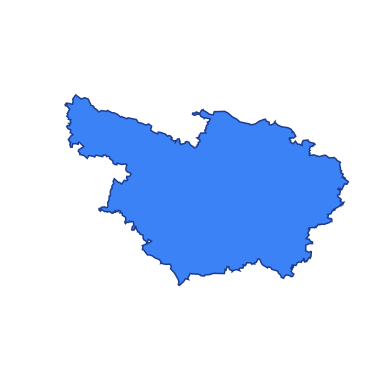 the district of Joypurhat, Rajshahi, Bangladesh, rotated 108°
{"feature_id": "16705992B2288856744536", "entity_name": "Joypurhat", "entity_type": "district", "adm_level": 2, "iso_a3": "BGD", "parent_name": "Bangladesh", "parent_adm1": "Rajshahi", "projection": "equal_earth", "projection_center": [89.098, 25.063], "detail": "fine", "context": "isolated", "style": "filled", "palette": "blue", "viewbox_px": 384, "rotation_deg": 108, "n_neighbors": 0, "source": "geoboundaries", "source_scale": "gbopen_adm2", "svg_char_len": 6024}
<svg xmlns="http://www.w3.org/2000/svg" viewBox="0 0 384 384"><g transform="rotate(108 192 192)"><path d="M284.7,175.1L279.7,172.3L276.4,171.4L276.3,168.3L275.4,169.3L270.0,168.5L269.9,166.1L269.2,165.5L269.1,163.2L268.3,161.6L268.3,158.8L268.8,157.6L268.2,154.4L266.8,153.9L265.2,149.9L262.7,146.4L259.6,136.0L255.5,136.6L255.8,135.5L252.1,135.6L252.3,134.9L251.6,133.9L253.4,133.1L254.3,131.6L254.1,129.7L255.4,129.2L253.7,128.2L252.1,125.9L252.1,122.2L251.1,123.4L250.1,123.3L249.3,122.5L248.7,120.1L246.8,119.9L245.6,120.9L245.4,118.4L242.3,117.9L241.2,114.1L242.2,112.7L241.6,112.5L241.0,110.0L239.9,110.6L239.1,109.2L235.2,108.5L235.2,106.6L238.7,103.6L239.6,102.0L240.8,96.7L239.9,96.6L239.4,93.9L240.9,92.1L240.7,86.2L242.5,84.6L243.8,81.7L245.5,80.8L245.8,78.2L243.8,78.0L241.6,76.6L241.3,73.2L241.9,71.6L241.2,70.3L238.6,69.8L238.0,71.9L236.9,73.2L233.9,72.8L234.3,73.9L233.7,74.5L232.4,73.8L232.7,73.1L231.9,72.3L231.2,72.8L231.1,74.0L230.5,74.1L229.7,70.4L226.8,70.0L225.5,68.7L225.1,66.4L223.4,66.3L222.8,64.8L220.9,65.4L221.0,64.6L223.7,63.3L223.2,62.3L222.3,62.0L222.5,61.4L218.3,60.6L218.0,60.1L218.6,59.2L216.8,58.9L212.0,60.0L211.8,60.7L212.8,61.4L213.2,62.7L212.7,65.7L207.4,67.3L204.8,64.5L203.8,61.4L202.3,62.1L202.2,64.4L200.7,65.8L201.1,69.0L196.6,67.4L195.3,69.3L191.3,68.4L190.6,68.6L190.4,69.1L191.0,69.8L190.4,69.9L188.7,67.1L188.1,64.4L187.0,64.0L187.4,63.1L183.6,61.9L183.8,60.3L182.8,59.5L181.9,56.3L178.7,52.0L177.2,51.2L177.0,49.9L174.8,50.5L174.2,51.6L175.1,53.0L174.4,53.9L174.5,55.2L172.1,55.0L171.4,55.9L169.7,53.1L166.9,52.8L164.2,50.0L165.7,52.2L164.9,52.0L160.4,47.8L158.3,46.9L159.0,46.2L157.5,46.2L157.7,44.8L154.9,44.4L155.6,45.6L154.9,48.4L153.3,47.7L152.3,48.8L151.7,51.2L150.3,52.6L149.2,52.0L149.0,50.8L144.7,51.3L144.3,54.1L143.2,53.7L142.9,52.8L143.4,50.3L137.2,49.5L136.8,47.1L133.9,46.5L132.4,50.8L131.6,50.6L131.8,51.5L131.2,51.6L131.0,52.5L131.5,52.7L131.6,53.1L131.1,52.7L130.3,54.0L128.3,53.7L127.6,56.4L125.7,56.2L125.2,57.9L123.9,57.9L119.6,60.4L118.2,59.9L117.5,61.1L117.5,63.4L116.1,65.2L115.3,67.5L117.2,72.2L115.9,75.6L116.0,77.3L119.0,81.8L119.1,87.8L121.0,91.5L119.8,92.2L119.0,91.5L117.4,93.2L116.0,92.5L115.4,93.4L112.1,93.5L111.6,91.8L110.7,91.6L110.5,90.7L109.5,90.8L108.8,89.7L108.0,90.5L108.3,96.0L106.7,97.9L108.7,102.2L111.8,102.5L113.7,101.6L113.4,105.0L113.9,106.4L111.7,109.4L114.8,110.7L114.2,114.0L112.9,113.8L111.5,116.0L110.4,116.0L110.5,114.3L109.5,114.0L109.3,112.1L106.9,110.5L103.5,114.2L104.2,115.2L103.2,115.2L101.7,117.2L101.2,120.7L102.3,126.9L101.8,131.2L100.3,134.3L99.3,134.8L101.8,135.4L103.8,137.5L104.1,138.6L103.5,139.8L101.9,140.0L101.4,143.8L100.1,144.5L100.5,145.7L103.8,149.8L107.9,153.0L110.0,156.9L109.5,158.4L110.6,168.1L108.8,172.3L108.1,176.8L105.9,181.9L105.2,185.8L108.7,195.6L112.2,195.8L112.7,200.0L111.8,201.7L110.9,206.5L110.2,206.9L111.3,208.2L114.4,208.8L114.9,210.0L114.5,212.5L116.2,214.0L116.7,215.6L117.9,215.6L118.3,213.4L115.9,210.2L116.1,207.9L117.4,206.9L117.7,203.9L118.5,203.1L117.3,202.1L116.8,197.2L119.4,197.5L121.0,199.0L122.0,197.6L124.4,198.7L127.0,198.6L127.5,197.9L129.4,199.0L131.5,197.1L133.3,201.9L136.5,202.6L137.4,202.0L139.0,204.1L140.0,200.7L141.5,200.0L142.9,201.3L145.2,200.7L145.7,201.6L147.0,201.3L149.2,202.9L147.6,208.3L145.6,210.4L145.7,212.9L146.6,213.8L147.8,213.6L150.3,217.4L149.3,217.9L148.7,219.5L147.4,219.1L145.4,220.8L146.0,222.1L149.8,223.1L148.3,223.7L149.0,225.1L148.3,228.3L146.7,227.6L145.4,229.9L145.4,231.4L146.5,232.5L145.1,235.3L145.1,241.1L145.5,242.6L147.4,242.8L146.9,247.7L145.9,250.5L141.9,250.7L140.7,254.2L142.6,256.6L142.1,261.3L142.6,264.4L140.3,267.3L141.2,275.8L142.5,276.6L142.0,282.3L142.8,283.1L141.1,287.1L140.8,290.8L141.4,292.5L140.5,297.6L141.7,298.3L142.6,303.5L144.5,304.9L144.1,306.9L143.1,307.9L142.5,310.8L140.9,312.1L140.8,314.7L135.7,319.4L135.5,323.1L137.8,326.2L135.6,332.6L140.5,334.1L142.8,333.0L145.5,332.8L146.1,338.5L146.6,339.1L147.0,338.2L148.4,339.6L149.0,339.0L149.0,337.0L151.2,333.9L156.0,334.9L157.0,334.1L158.8,334.4L159.4,332.4L161.0,332.1L160.8,329.6L161.6,329.9L163.5,328.7L164.2,328.9L164.8,330.2L165.3,329.1L166.3,328.8L167.2,330.9L168.5,331.4L170.1,329.4L170.3,326.6L173.3,326.1L173.3,324.8L174.4,323.0L175.8,324.3L180.4,325.8L180.9,324.6L182.0,324.2L182.1,322.8L184.3,322.9L186.8,321.4L186.4,319.8L183.1,320.4L181.9,317.4L181.8,315.0L179.9,315.3L179.5,314.5L182.2,309.0L186.9,312.8L188.3,312.8L189.5,310.8L191.0,310.3L190.6,306.1L192.4,302.0L189.3,301.5L188.6,297.8L188.8,295.4L186.6,294.7L186.0,287.9L184.2,287.5L183.6,285.2L184.7,284.2L183.9,282.6L184.2,281.0L185.6,280.7L186.9,276.8L188.8,276.1L189.7,274.1L189.3,271.9L187.7,272.2L187.5,267.0L186.1,264.7L186.0,262.5L190.8,262.0L192.1,261.1L192.9,259.5L193.0,256.5L193.8,255.5L196.6,256.3L197.3,258.9L199.3,258.4L200.0,256.9L201.4,257.5L201.8,260.0L206.2,261.4L205.3,263.9L205.6,265.1L203.4,270.0L206.2,270.3L208.0,269.1L211.0,270.0L213.5,269.2L214.2,269.9L217.2,269.8L220.1,268.6L221.0,268.7L221.3,269.5L225.2,268.5L228.5,268.9L230.4,267.8L232.7,267.8L233.4,268.4L233.2,270.7L234.7,273.6L235.8,273.5L236.4,275.3L238.0,274.7L238.5,273.0L237.0,273.0L236.8,272.0L237.6,268.7L236.8,267.0L237.3,266.4L236.0,264.6L236.9,261.5L236.4,260.5L235.5,260.7L235.0,258.5L233.6,259.3L233.6,256.3L232.1,256.4L232.2,254.2L234.1,254.2L233.5,252.3L233.8,251.9L235.7,251.0L236.5,247.4L239.2,246.2L241.3,246.7L242.6,245.5L241.0,244.7L240.5,242.8L239.1,242.5L239.5,241.0L238.6,240.1L238.6,238.6L241.4,237.1L243.6,238.0L246.5,237.7L246.6,236.3L245.9,235.3L242.2,235.3L242.6,234.2L243.8,234.3L246.0,231.4L246.6,231.5L246.6,229.6L247.9,229.0L248.2,228.0L248.2,225.1L251.0,224.3L252.4,223.0L252.9,220.6L254.0,219.6L252.8,218.8L250.6,219.1L251.1,215.4L252.8,216.3L258.4,222.7L259.2,221.7L262.1,221.4L262.1,219.9L265.6,215.0L264.9,212.4L265.0,210.0L266.1,206.7L266.4,202.2L268.0,199.8L269.7,199.7L269.0,198.8L269.3,197.2L268.7,193.9L267.4,190.6L269.5,188.4L271.5,188.8L274.4,183.7L279.4,178.1L281.7,176.6L284.4,176.4L284.7,175.1Z" fill="#3b82f6" stroke="#1e3a8a" stroke-width="1.5"/></g></svg>